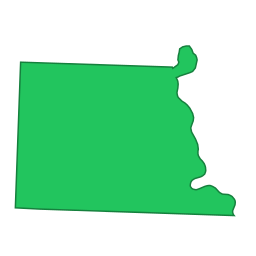 outline of Nemaha, Nebraska, United States of America, rotated 2°
{"feature_id": "52423323B47772109316300", "entity_name": "Nemaha", "entity_type": "district", "adm_level": 2, "iso_a3": "USA", "parent_name": "United States of America", "parent_adm1": "Nebraska", "projection": "equal_earth", "projection_center": [-95.661, 40.412], "detail": "fine", "context": "isolated", "style": "filled", "palette": "green", "viewbox_px": 256, "rotation_deg": 2, "n_neighbors": 0, "source": "geoboundaries", "source_scale": "gbopen_adm2", "svg_char_len": 1249}
<svg xmlns="http://www.w3.org/2000/svg" viewBox="0 0 256 256"><g transform="rotate(2 128 128)"><path d="M18.2,211.7L42.3,212.1L237.1,211.8L236.4,211.0L236.1,210.4L235.5,208.6L235.5,206.9L237.6,201.1L237.8,198.4L237.5,196.9L236.8,195.5L234.5,192.9L233.0,192.0L230.5,191.0L224.7,190.8L222.3,189.6L221.1,188.7L217.5,185.0L214.7,183.5L212.5,182.7L211.2,182.6L209.3,182.9L207.0,183.6L201.4,186.2L198.9,187.2L197.6,187.3L195.0,186.8L193.8,186.1L192.5,184.5L192.2,183.4L192.3,181.7L192.8,179.7L194.0,177.9L196.5,176.2L202.5,174.2L204.2,173.2L206.2,171.4L207.0,169.1L207.2,167.7L206.8,164.5L206.3,163.0L205.4,161.0L203.5,158.5L201.2,156.3L199.4,153.4L198.8,151.5L198.7,148.6L199.0,146.8L198.2,142.0L195.9,136.8L191.7,129.8L190.7,125.8L191.1,124.2L192.1,121.0L192.9,118.6L193.2,115.3L192.1,111.3L189.1,106.1L186.4,103.0L184.1,101.1L181.0,99.3L177.3,95.9L176.6,94.8L175.9,92.3L175.7,90.7L176.0,88.8L176.4,86.4L176.6,82.4L176.1,79.4L174.4,75.9L176.2,75.3L177.7,74.3L188.0,70.5L190.6,69.2L193.2,65.7L194.7,57.6L194.2,55.5L193.1,52.9L190.5,51.0L189.0,47.3L186.4,43.9L183.4,44.0L179.8,45.0L176.9,47.1L176.5,50.6L175.8,53.7L175.5,58.2L176.5,60.4L175.6,63.0L170.7,66.8L170.1,65.6L18.4,66.0L18.2,211.7Z" fill="#22c55e" stroke="#15803d" stroke-width="1.5"/></g></svg>